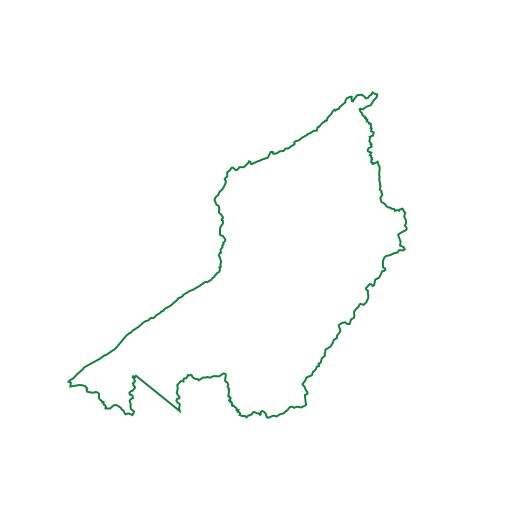 outline of San Roque, Antioquia, Colombia, rotated 108°
{"feature_id": "7082276B69506367450690", "entity_name": "San Roque", "entity_type": "district", "adm_level": 2, "iso_a3": "COL", "parent_name": "Colombia", "parent_adm1": "Antioquia", "projection": "albers", "projection_center": [-74.951, 6.431], "detail": "fine", "context": "isolated", "style": "outline", "palette": "green", "viewbox_px": 512, "rotation_deg": 108, "n_neighbors": 0, "source": "geoboundaries", "source_scale": "gbopen_adm2", "svg_char_len": 6096}
<svg xmlns="http://www.w3.org/2000/svg" viewBox="0 0 512 512"><g transform="rotate(108 256 256)"><path d="M387.6,361.1L396.3,367.9L397.5,369.6L401.3,372.1L415.0,385.0L417.0,385.5L424.2,389.9L428.7,391.8L431.8,394.7L433.5,395.4L433.6,393.0L437.5,392.2L433.1,383.7L432.6,380.5L432.6,377.9L433.6,377.0L434.0,375.6L435.8,375.7L437.2,374.5L436.7,369.8L435.6,367.1L434.8,366.6L434.8,364.2L435.8,362.4L439.0,361.9L440.8,360.3L441.5,357.9L442.8,356.9L442.0,355.9L444.4,354.8L444.6,353.3L446.1,351.9L447.1,352.3L447.6,351.9L446.1,347.7L441.9,345.1L441.0,343.2L441.0,341.7L442.3,337.4L443.4,336.3L444.0,334.3L446.4,332.0L446.8,330.8L445.7,329.7L445.0,327.7L445.5,324.4L441.8,323.8L440.0,327.7L437.8,329.0L436.3,329.0L432.9,331.4L431.4,331.1L429.4,329.7L429.3,329.2L427.2,330.1L426.5,331.6L426.8,333.2L425.4,334.1L423.6,333.5L422.3,331.8L418.6,330.3L417.4,331.4L417.4,332.1L415.0,333.8L414.0,332.7L412.1,332.5L411.4,333.5L410.4,334.0L409.2,335.9L408.2,335.6L408.6,333.6L407.0,333.1L427.0,280.6L424.5,282.1L420.8,282.5L420.1,283.4L419.8,285.2L418.0,287.1L416.4,286.9L415.3,285.2L414.2,284.9L410.9,289.0L406.1,289.5L403.1,291.0L398.2,288.8L397.7,286.2L395.4,286.9L394.6,286.3L393.6,284.4L390.2,283.9L390.3,282.6L389.2,281.4L389.5,280.0L390.8,279.1L391.7,276.0L391.1,273.1L391.9,272.0L388.0,268.9L387.0,265.9L386.1,264.9L385.9,262.0L383.3,259.2L381.9,254.0L377.9,250.8L377.5,248.6L378.6,247.9L384.0,247.0L384.8,246.1L384.9,244.7L386.8,242.6L389.0,242.7L390.6,240.6L391.3,240.9L393.2,239.7L397.3,239.2L397.5,238.3L398.1,238.6L398.9,236.2L401.4,236.9L401.2,236.0L402.1,235.9L402.2,234.9L402.9,234.9L402.8,233.9L403.5,233.1L405.2,232.9L405.2,232.1L405.8,232.0L405.5,230.8L406.7,227.7L407.7,227.1L407.8,225.4L408.8,226.2L409.0,225.5L409.9,225.3L409.5,224.2L410.7,222.4L412.2,222.5L412.5,219.5L411.5,217.2L412.5,215.3L410.0,213.8L408.0,211.1L406.1,210.8L404.9,209.7L405.3,206.6L404.8,204.9L405.9,203.1L405.0,202.6L402.7,203.2L401.4,202.1L401.7,200.4L403.0,197.9L405.8,196.1L406.2,194.7L402.5,190.1L402.1,186.6L399.6,184.8L397.0,181.0L394.4,179.7L393.3,178.6L389.2,177.1L388.1,175.0L388.6,172.9L386.6,170.3L386.1,166.3L382.6,162.6L381.4,162.4L379.8,163.6L373.5,166.4L372.8,166.3L371.5,164.7L369.9,164.8L367.9,167.4L365.2,169.6L364.1,171.9L362.8,172.1L360.4,170.9L355.9,170.4L352.1,166.0L348.7,166.0L346.0,164.3L342.3,163.8L341.2,162.0L339.0,163.3L338.3,162.1L337.0,161.5L332.8,161.8L329.8,159.7L327.6,160.6L325.9,160.4L323.7,161.1L319.1,157.1L314.3,156.0L311.9,156.2L308.8,153.6L307.0,154.4L302.5,152.8L300.5,152.8L297.2,155.5L295.9,155.8L293.2,153.6L291.5,150.9L292.5,148.3L291.8,145.9L287.0,146.0L284.4,143.7L283.0,143.8L279.3,145.4L277.8,145.3L273.9,143.7L273.5,143.1L269.8,142.4L269.2,141.5L269.1,138.4L265.6,136.7L261.1,136.3L259.1,136.9L255.9,138.6L254.6,138.7L253.7,141.0L252.7,141.5L247.5,139.1L247.4,137.3L248.5,135.9L247.3,134.7L241.5,135.3L238.9,132.5L236.5,131.8L231.7,131.4L230.4,129.4L229.2,128.7L228.2,129.1L227.6,131.5L226.8,132.0L221.3,133.8L217.5,133.4L215.8,132.3L213.6,128.5L210.3,125.1L208.9,122.4L206.2,121.7L205.3,118.0L203.7,116.6L202.0,118.2L201.5,122.2L197.7,122.9L192.1,127.3L191.2,127.2L186.3,122.8L185.8,121.8L183.8,121.0L182.5,121.6L181.0,123.9L179.1,123.4L177.4,123.7L175.2,124.8L173.1,127.0L170.6,127.5L169.0,127.3L167.9,129.2L165.7,131.3L167.4,133.6L168.7,133.8L168.7,135.8L170.1,137.9L168.7,138.9L169.1,141.9L168.5,143.1L168.9,145.3L168.3,147.4L166.6,149.6L165.8,153.5L162.3,155.7L158.9,154.8L157.6,155.4L156.7,156.6L155.5,156.7L154.7,158.6L153.9,159.1L151.0,159.0L150.4,159.9L148.2,160.6L145.3,162.5L142.0,163.0L140.6,164.1L134.4,165.4L132.5,166.3L131.8,167.5L128.8,169.4L132.4,173.1L132.2,173.8L131.4,173.9L131.6,174.6L130.8,175.8L128.2,175.4L127.9,176.3L126.6,176.3L126.0,177.4L125.1,177.5L124.8,179.0L122.0,178.3L121.9,181.8L121.1,182.5L118.9,182.3L116.3,179.8L114.5,181.4L113.9,180.8L111.8,183.7L108.4,184.0L107.5,184.7L105.3,181.9L102.1,182.3L101.7,185.2L99.2,185.4L99.1,186.3L98.3,186.0L97.3,186.9L96.0,187.0L95.3,187.8L95.2,189.4L94.8,189.6L94.6,189.1L93.5,192.4L92.4,192.2L92.2,192.7L91.8,192.6L92.0,193.7L91.3,193.9L91.2,194.6L90.5,194.5L90.4,195.6L89.7,195.9L89.8,197.0L88.6,198.8L87.5,199.1L86.5,201.2L84.4,202.8L83.7,202.2L83.5,199.6L82.0,198.8L79.4,196.5L77.2,193.5L72.3,192.4L67.7,190.3L64.9,190.6L65.0,193.5L64.4,195.7L67.1,196.2L68.1,197.3L71.1,198.4L71.8,199.3L72.0,200.6L70.9,202.1L69.9,205.2L71.8,209.4L76.6,211.3L79.0,211.5L79.0,212.6L76.8,213.9L75.0,214.2L75.2,215.2L77.6,218.2L80.6,219.0L82.2,218.5L88.7,222.5L90.3,222.6L91.8,224.6L93.1,225.4L92.5,226.4L94.7,227.8L97.4,228.2L102.8,230.8L104.4,230.4L105.6,230.7L105.9,232.2L107.3,232.4L108.4,233.7L113.8,236.1L114.5,237.2L118.0,236.9L119.0,239.7L122.7,242.6L123.7,244.2L125.3,245.0L129.4,248.9L132.5,250.7L134.8,254.1L136.3,254.8L137.4,253.9L138.1,254.0L141.0,256.8L143.7,258.4L144.7,261.1L147.5,262.2L149.1,265.8L151.4,267.5L152.9,269.5L153.3,271.5L151.9,272.2L152.6,274.2L158.5,275.1L159.3,275.8L163.0,280.8L164.4,281.9L164.8,282.9L169.8,288.4L169.9,289.5L168.2,290.5L168.1,291.9L170.3,292.3L175.3,295.0L176.5,299.0L179.9,300.6L180.6,301.8L179.1,305.2L179.5,306.4L183.0,307.5L185.4,309.3L189.2,307.9L191.4,309.2L192.9,309.4L193.9,308.0L195.5,307.4L201.2,308.1L204.0,309.1L206.3,310.5L209.7,310.8L212.4,312.5L215.4,312.9L219.5,309.4L219.8,307.5L220.3,306.7L222.9,305.3L224.7,305.3L226.5,304.1L227.2,302.2L229.7,299.1L232.0,300.1L232.5,299.7L232.7,298.4L235.2,297.5L238.9,298.7L241.3,298.6L246.7,296.9L247.2,296.2L247.2,293.7L249.7,290.3L251.0,290.0L253.6,291.2L254.9,290.4L256.5,291.3L257.9,290.6L260.9,291.6L263.8,290.4L264.0,291.1L266.9,291.6L268.1,290.3L272.2,287.4L274.9,287.3L277.2,286.1L278.2,287.3L279.6,286.2L282.3,286.0L284.8,288.1L286.1,288.3L287.3,289.2L288.8,289.1L290.7,290.7L292.3,291.1L296.0,294.3L296.2,296.1L302.1,300.6L308.1,306.0L309.5,308.1L315.8,313.4L317.0,313.4L319.4,315.6L319.8,316.7L322.0,317.3L329.8,322.0L334.7,326.7L336.7,327.2L338.4,329.1L339.8,329.6L343.4,332.7L345.7,333.5L346.8,334.6L347.4,336.9L350.7,338.6L351.8,340.6L354.0,342.5L359.5,345.7L365.1,350.2L367.8,351.4L368.3,352.6L369.7,353.1L371.0,354.4L387.6,361.1Z" fill="none" stroke="#15803d" stroke-width="2"/></g></svg>